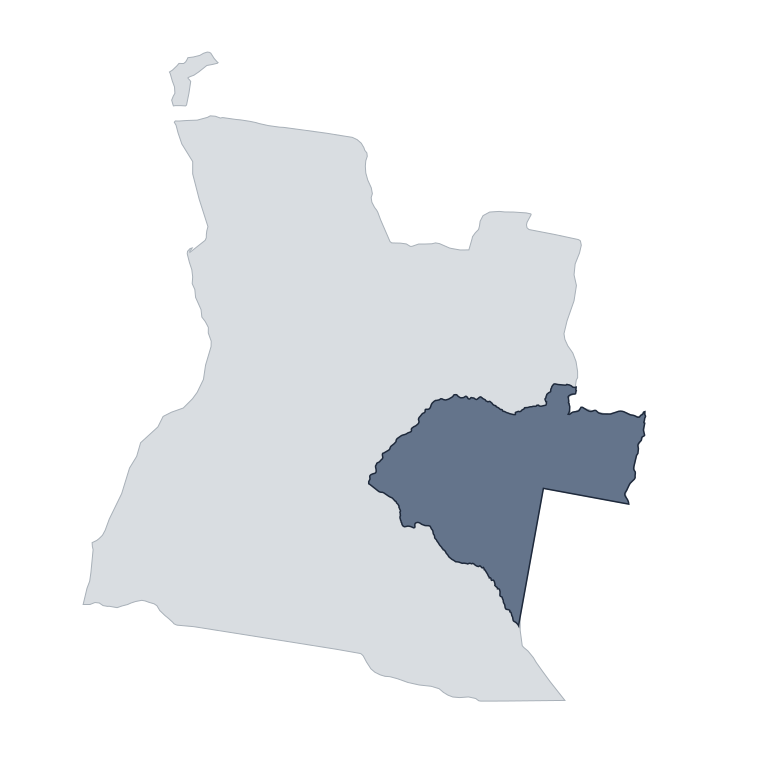 Angola, with Moxico highlighted, rotated 10°
{"feature_id": "AGO-1892", "entity_name": "Moxico", "entity_type": "Province", "adm_level": 1, "iso_a3": "AGO", "parent_name": "Angola", "parent_adm1": "", "projection": "albers", "projection_center": [20.805, -13.377], "detail": "fine", "context": "in_parent", "style": "filled", "palette": "slate", "viewbox_px": 768, "rotation_deg": 10, "n_neighbors": 0, "source": "natural_earth", "source_scale": "10m", "svg_char_len": 9819}
<svg xmlns="http://www.w3.org/2000/svg" viewBox="0 0 768 768"><g transform="rotate(10 384 384)"><path d="M645.7,365.8L646.5,371.6L647.4,379.7L648.0,385.4L648.6,388.0L648.8,389.4L648.0,390.9L647.4,394.4L646.1,397.4L645.4,399.5L645.9,403.5L644.8,415.1L644.6,420.8L646.1,431.1L645.8,434.3L642.2,443.7L641.2,448.4L641.0,450.8L644.5,457.9L644.3,459.3L641.5,459.6L639.2,459.7L559.0,459.1L558.5,579.3L558.4,589.5L560.9,603.0L565.6,617.8L567.4,619.2L572.1,621.9L578.6,627.5L582.2,631.7L589.6,639.0L599.4,648.4L617.1,664.2L557.2,675.4L534.3,679.5L532.3,679.5L528.9,677.8L521.6,677.5L512.9,679.7L506.1,680.3L501.0,679.3L496.1,677.4L491.2,674.5L482.9,673.5L471.0,674.3L459.5,673.8L448.4,671.9L440.5,671.2L435.8,671.7L430.7,671.1L425.2,669.5L420.6,666.8L415.1,660.9L410.8,655.4L409.7,654.6L408.3,653.7L406.9,653.5L383.3,653.5L238.9,656.0L222.2,657.4L220.9,657.2L218.8,656.6L217.4,655.4L212.5,652.3L208.4,650.0L202.6,646.1L198.9,641.8L195.8,640.4L190.4,639.8L186.3,639.1L183.0,639.1L177.2,641.3L172.9,643.6L169.8,645.7L164.5,648.1L160.0,650.6L152.0,650.6L150.3,651.0L145.8,651.0L141.6,649.1L137.3,649.4L132.7,652.2L126.0,653.4L127.0,636.7L128.4,629.3L128.1,620.5L126.3,597.7L125.0,594.6L124.1,590.9L128.2,588.0L130.2,585.8L133.0,581.9L134.8,576.5L136.9,564.7L144.7,537.5L148.0,510.9L153.0,498.2L154.5,484.1L168.8,465.5L172.1,454.3L179.7,448.6L190.5,442.5L197.9,431.9L201.5,424.6L205.4,410.8L205.0,396.4L207.2,377.2L206.4,371.8L202.1,364.3L201.2,358.8L197.2,353.6L193.0,349.7L190.9,342.5L183.4,331.4L181.3,323.8L177.7,318.5L177.0,311.8L174.9,304.8L171.2,297.9L167.6,289.9L167.5,287.4L169.5,284.3L171.5,283.3L170.9,284.8L169.6,286.7L170.0,288.1L182.9,273.6L183.6,270.8L183.1,267.7L182.9,264.0L183.3,259.6L169.9,234.1L159.1,210.3L157.0,198.2L143.2,182.7L137.6,172.5L134.3,165.3L132.0,162.6L132.8,161.2L136.2,160.7L143.8,158.8L154.2,156.6L163.8,152.1L166.3,150.1L171.4,149.6L176.7,150.5L178.6,149.7L179.7,149.6L192.0,149.2L197.1,148.8L206.5,148.6L212.5,148.8L216.0,149.2L225.2,149.6L236.6,149.2L240.7,148.7L255.7,148.1L283.9,147.0L298.6,146.8L309.9,146.6L315.1,148.0L319.8,150.8L322.0,153.4L323.0,154.5L324.5,157.2L327.0,159.4L328.0,162.7L327.3,167.3L327.8,172.8L329.4,179.3L332.6,186.0L337.4,193.0L339.5,198.6L339.0,202.7L340.5,207.1L344.0,211.7L346.6,214.1L348.1,216.0L352.2,223.0L365.2,242.7L367.1,243.7L369.9,243.3L375.9,242.4L381.7,242.2L386.0,243.9L387.6,243.6L393.9,240.1L400.2,239.0L406.8,237.6L410.2,236.1L414.2,236.1L424.9,238.7L427.0,238.8L435.7,238.8L444.3,237.2L445.5,225.7L445.6,223.5L447.7,219.2L450.3,215.4L450.6,211.8L450.4,207.0L452.3,201.0L458.2,196.3L467.6,194.0L473.0,193.6L481.5,192.2L494.4,190.8L499.1,191.0L499.5,191.7L496.8,199.9L496.7,202.6L497.7,205.3L499.9,206.7L525.5,207.1L550.2,208.0L551.5,208.4L552.6,209.0L554.2,213.1L553.8,221.0L551.4,232.6L552.2,243.5L556.4,253.6L556.7,269.1L553.3,290.0L552.5,303.2L554.4,308.7L558.4,314.5L564.5,320.6L569.2,328.5L572.5,338.1L573.6,344.2L572.7,346.7L572.8,351.0L573.8,357.2L572.6,361.3L569.2,363.3L568.1,366.0L569.8,371.3L570.1,376.2L572.4,379.4L574.0,379.6L577.3,377.9L581.4,374.7L584.7,373.3L589.2,373.6L595.6,374.5L607.0,374.9L610.5,374.4L621.1,370.2L623.8,369.9L628.0,370.3L633.9,371.7L639.8,372.0L642.8,370.7L643.0,369.0L644.0,366.7L645.7,365.8ZM164.8,96.3L164.2,97.1L159.3,99.2L154.2,101.1L147.5,108.7L144.1,112.0L143.2,112.9L140.1,114.7L137.8,116.3L138.0,117.1L139.5,118.1L141.1,119.6L141.4,131.6L141.1,143.5L140.3,144.6L135.9,145.1L130.2,146.1L128.3,146.7L127.7,145.6L125.6,141.3L126.5,137.1L127.6,134.0L126.1,127.8L122.9,122.3L119.5,115.3L118.5,114.0L121.1,111.7L124.9,106.5L126.4,103.9L131.0,103.2L132.7,101.3L133.8,98.4L134.2,96.7L139.4,95.1L145.5,92.4L148.9,89.6L152.3,87.8L154.5,87.7L156.0,88.3L160.2,92.9L163.7,95.7L164.8,96.3Z" fill="#d9dde1" stroke="#a8b0b8" stroke-width="1"/><path d="M559.1,459.1L558.5,591.5L558.5,597.8L558.6,598.8L557.9,597.9L556.7,596.9L555.4,596.0L553.1,595.1L552.5,594.7L552.1,594.0L551.1,591.2L550.0,589.8L549.7,588.9L548.9,587.2L548.6,586.8L547.6,586.6L547.4,586.2L547.4,585.6L547.0,585.0L545.8,584.6L544.5,584.7L543.3,584.6L542.2,583.4L541.2,580.4L539.8,578.7L539.4,578.0L538.9,576.1L538.0,574.9L537.3,573.4L536.8,573.2L535.4,572.8L534.8,571.9L534.4,568.5L533.5,566.5L532.9,565.9L532.2,565.8L531.3,566.0L531.1,565.1L530.6,564.7L529.3,564.0L528.1,563.1L528.0,562.7L528.2,562.2L528.1,561.9L526.9,559.3L525.9,558.2L524.8,558.4L524.0,558.7L523.5,558.2L523.2,557.1L522.8,556.6L522.5,556.4L522.1,556.4L521.4,556.7L521.1,556.0L520.0,554.8L519.1,553.4L515.6,549.5L515.4,549.4L515.0,549.5L514.8,549.2L514.7,548.6L513.8,547.4L512.9,548.0L512.2,547.9L510.9,546.8L510.0,546.4L509.5,546.7L509.2,547.1L508.6,547.4L507.0,547.2L505.4,546.6L503.4,545.4L502.7,545.3L502.3,545.3L501.7,545.8L501.4,545.9L500.2,545.6L499.4,545.7L498.5,546.1L497.9,546.6L497.7,546.7L497.0,546.5L494.0,546.5L492.1,547.0L488.8,546.4L487.3,546.4L485.4,546.6L483.4,545.6L481.3,544.9L477.8,542.9L476.7,541.5L474.6,539.8L473.5,538.2L472.0,537.1L471.0,536.9L470.6,536.2L469.9,535.8L469.1,534.8L466.7,532.9L464.7,530.6L463.6,529.7L462.9,528.7L462.5,528.2L461.3,527.4L460.9,527.0L460.6,526.6L460.2,525.0L459.5,523.9L458.8,523.3L458.5,522.8L457.6,520.2L456.9,519.3L455.8,518.4L454.7,516.8L454.0,516.0L452.6,515.8L449.1,516.3L445.4,515.6L443.5,514.7L442.1,514.4L440.9,514.5L439.9,515.0L439.1,515.6L438.8,516.5L438.8,517.4L439.3,519.4L439.1,520.1L438.2,520.5L435.3,519.8L433.6,519.7L432.2,519.8L429.2,521.0L428.6,521.0L427.0,520.3L425.9,518.8L425.7,517.9L424.9,517.1L424.5,515.9L423.9,515.1L423.5,514.0L423.0,513.2L422.8,511.8L423.1,510.9L422.7,510.1L422.7,509.2L421.9,507.5L422.0,507.0L422.3,506.4L422.2,505.9L421.9,505.3L421.1,504.4L420.6,503.4L420.1,502.8L420.0,502.4L420.0,501.8L419.9,501.5L419.0,500.5L418.6,500.0L417.0,498.9L416.5,498.0L416.0,497.5L415.3,497.4L414.9,497.1L412.2,495.0L411.2,494.6L409.8,494.3L408.1,493.7L402.6,491.2L401.1,490.9L400.2,491.1L399.0,491.1L397.6,490.8L387.6,485.4L386.3,484.9L385.9,482.8L386.7,480.2L386.5,479.1L386.1,478.0L386.0,477.0L386.5,476.0L387.2,475.3L388.6,474.4L390.5,473.5L391.2,472.8L391.5,471.6L391.1,469.7L390.1,467.2L389.9,466.2L390.6,464.2L390.6,463.4L391.4,462.6L392.5,461.9L393.2,461.2L393.9,459.9L395.4,457.9L395.6,456.6L394.8,454.4L394.6,453.4L394.8,452.5L395.9,451.9L400.0,448.4L400.8,447.5L401.1,446.2L401.2,445.3L401.6,444.2L404.3,441.1L405.6,439.1L405.9,438.3L405.7,437.2L406.4,435.5L410.1,431.8L411.0,431.2L413.3,430.1L414.6,429.3L416.0,428.0L418.3,426.7L419.0,426.0L419.2,425.1L418.8,424.0L418.8,423.6L418.9,423.0L419.5,422.2L421.0,420.7L422.4,419.8L424.2,417.7L424.8,416.7L425.1,415.2L424.1,413.0L424.1,411.8L424.5,410.7L425.4,409.3L426.5,407.2L427.0,406.4L428.9,405.1L429.3,403.9L429.1,403.0L429.1,402.1L429.6,401.6L431.7,401.3L432.5,400.9L433.3,400.0L433.8,398.6L434.1,396.4L434.4,395.4L434.8,394.4L436.4,392.3L437.7,391.2L438.7,391.0L440.7,390.2L441.4,389.8L442.2,388.9L442.6,388.6L444.0,388.6L445.1,389.0L447.0,389.1L447.8,388.9L450.2,387.7L452.0,386.2L453.8,384.6L454.2,383.8L454.5,383.0L455.0,382.4L456.8,382.0L457.5,382.0L459.2,383.3L461.4,384.2L462.1,384.3L464.4,383.7L464.9,383.4L466.3,382.1L466.9,381.8L467.5,382.2L468.5,382.5L469.1,383.6L469.4,383.8L470.4,384.0L470.7,384.0L471.3,383.6L471.7,382.7L472.1,382.3L472.3,382.2L473.6,382.3L474.9,382.2L476.7,383.1L477.8,383.2L478.4,382.8L480.4,380.4L481.4,379.9L481.7,379.9L482.4,380.4L483.3,380.7L483.9,381.2L486.3,381.9L486.7,382.2L487.1,382.8L487.5,383.0L488.3,383.1L489.3,383.5L489.5,383.5L490.7,382.8L491.4,382.8L493.8,384.2L494.4,384.9L495.4,385.6L496.5,385.9L497.3,385.9L497.9,386.0L498.2,386.6L498.6,386.9L501.0,387.6L502.8,388.7L503.3,388.9L504.2,388.7L504.8,388.8L505.4,389.5L505.5,389.9L506.1,390.2L507.1,390.1L507.7,390.2L509.4,390.8L510.7,391.0L511.3,391.0L512.9,391.4L516.6,391.6L518.5,391.4L518.7,391.1L518.7,390.6L518.3,389.6L518.5,389.1L521.0,387.6L522.3,387.7L522.8,387.5L523.3,387.2L523.7,386.8L524.4,385.6L525.9,384.5L526.6,383.5L526.5,383.1L526.7,382.9L529.6,382.2L531.8,381.1L533.6,380.7L534.6,380.1L537.4,379.6L538.0,378.9L538.2,378.4L538.6,378.2L539.5,378.3L539.9,378.0L540.5,378.5L541.2,378.7L542.3,378.7L542.7,378.6L545.4,377.4L546.7,376.9L547.2,376.5L547.4,375.1L547.1,374.5L547.2,373.4L546.6,373.3L546.3,373.1L546.0,372.4L545.4,371.6L545.2,370.9L545.2,370.5L545.8,369.6L545.8,367.9L546.1,367.0L546.1,366.2L546.3,365.7L547.2,364.6L547.6,364.1L548.9,363.1L549.4,362.5L549.2,360.0L549.6,359.1L549.7,357.7L550.2,356.4L551.0,355.0L551.5,354.4L552.0,354.3L552.8,354.2L555.4,354.3L562.5,353.7L563.3,353.5L564.2,352.6L565.2,352.8L566.5,352.7L568.8,353.3L570.2,354.2L570.9,354.3L572.2,354.3L573.8,353.7L573.9,356.2L574.6,357.3L574.3,357.7L574.4,359.4L574.3,360.3L573.8,360.7L571.9,361.1L570.1,361.8L568.3,363.3L567.6,364.3L567.6,365.0L568.0,365.7L568.9,368.8L568.9,370.4L569.8,371.4L569.9,372.1L570.6,373.4L570.9,374.2L571.4,378.1L571.2,380.0L570.6,381.8L571.7,381.8L572.5,381.2L574.4,379.2L575.1,378.8L579.4,377.3L580.7,376.3L582.1,372.7L583.6,372.5L588.5,374.5L590.2,375.0L591.9,375.2L593.4,374.9L595.3,373.7L596.3,373.3L597.3,373.3L599.8,374.9L600.7,375.3L602.3,375.5L604.3,375.6L612.2,374.3L619.9,370.1L621.7,369.6L623.5,369.5L625.2,369.7L631.5,371.5L632.9,371.6L634.6,371.5L636.3,371.7L638.1,372.3L639.8,372.7L641.3,372.2L641.6,371.7L642.2,370.3L643.9,369.1L644.9,366.3L645.7,365.9L646.0,368.0L646.2,368.8L647.1,370.1L647.2,370.7L646.7,372.4L646.8,374.8L646.5,376.5L646.8,377.1L647.6,377.3L647.4,383.6L647.6,384.7L649.5,389.0L649.5,389.5L649.0,390.1L647.7,391.1L647.2,391.8L647.1,392.8L647.2,394.6L647.0,395.1L645.7,397.0L644.9,398.7L644.7,399.6L644.7,400.7L645.8,403.5L646.0,406.8L646.1,407.9L646.1,408.3L645.1,410.4L644.4,422.3L644.6,424.3L645.5,425.7L646.6,426.8L647.0,428.0L647.2,430.7L647.6,432.7L647.4,433.4L647.1,434.2L643.6,439.1L643.1,440.4L641.4,446.7L640.5,448.7L640.2,450.4L640.6,451.8L641.5,453.1L643.8,455.5L644.7,456.8L645.4,458.2L645.9,459.8L559.1,459.1Z" fill="#64748b" stroke="#1e293b" stroke-width="1.5"/></g></svg>